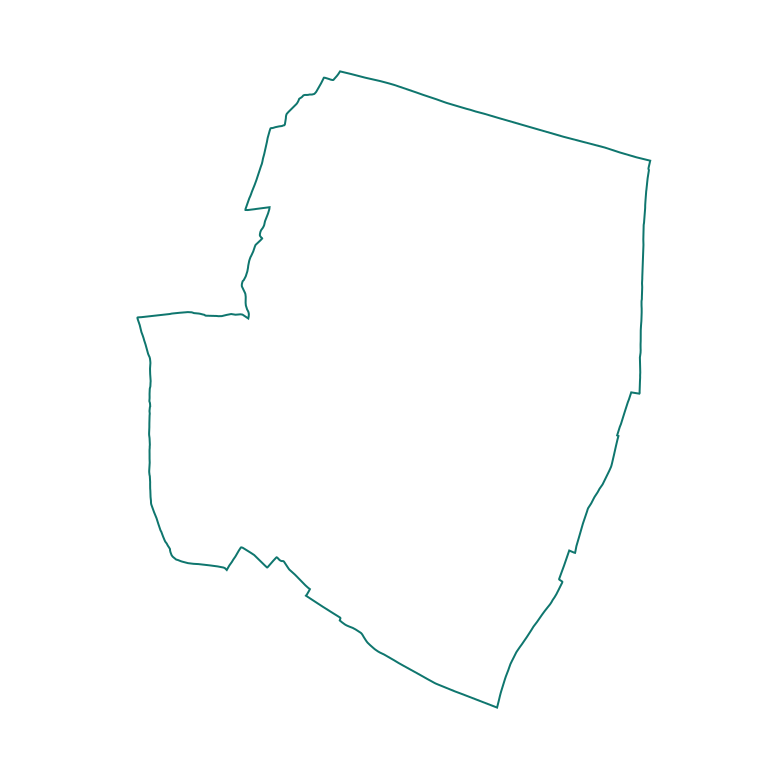 the district of Prawet, Bangkok Metropolis, Thailand, rotated 9°
{"feature_id": "78962969B62937206462024", "entity_name": "Prawet", "entity_type": "district", "adm_level": 2, "iso_a3": "THA", "parent_name": "Thailand", "parent_adm1": "Bangkok Metropolis", "projection": "robinson", "projection_center": [100.671, 13.697], "detail": "fine", "context": "isolated", "style": "outline", "palette": "teal", "viewbox_px": 768, "rotation_deg": 9, "n_neighbors": 0, "source": "geoboundaries", "source_scale": "gbopen_adm2", "svg_char_len": 6088}
<svg xmlns="http://www.w3.org/2000/svg" viewBox="0 0 768 768"><g transform="rotate(9 384 384)"><path d="M257.8,592.3L259.0,589.1L259.6,587.5L260.3,586.1L261.6,583.5L262.6,581.0L264.2,577.7L266.7,571.2L268.1,568.1L268.3,567.8L268.5,567.7L268.9,567.7L269.8,567.8L270.2,567.9L277.3,570.9L279.4,571.8L282.0,573.0L282.5,573.2L294.9,582.0L297.0,583.4L297.2,583.5L297.3,583.5L297.6,583.3L298.0,582.7L302.4,575.7L304.7,572.3L304.9,572.1L305.0,572.0L305.5,572.1L305.8,572.2L308.5,574.3L308.8,574.4L309.9,574.8L310.5,574.9L312.1,574.7L312.4,574.8L312.9,575.0L313.2,575.3L317.3,579.8L318.8,581.4L319.3,581.9L319.8,582.3L320.6,582.8L325.7,586.1L327.2,587.2L337.8,595.1L340.7,597.0L342.9,598.2L342.4,599.8L340.7,604.2L340.1,605.1L340.0,605.3L358.7,613.7L369.9,618.5L374.9,620.6L377.0,621.5L377.3,621.7L377.4,621.8L377.6,622.1L377.3,624.5L377.9,624.8L379.7,625.9L383.0,627.6L384.0,628.0L385.2,628.4L388.0,629.1L391.3,629.8L392.4,630.2L394.4,630.9L399.8,633.3L400.5,633.7L401.2,634.3L401.8,634.9L403.6,637.1L405.7,639.5L407.2,641.1L408.3,642.1L409.3,642.8L411.0,644.0L415.1,646.6L416.6,647.5L418.9,648.6L420.2,649.2L422.1,649.9L424.8,650.7L426.2,651.1L437.2,655.3L442.1,657.3L446.7,659.0L465.2,665.7L472.7,668.5L476.9,670.0L480.2,671.2L481.7,671.7L483.7,672.2L492.3,674.2L502.1,676.5L511.5,678.4L512.3,678.6L546.3,685.9L546.9,679.2L547.3,674.0L547.6,670.9L547.9,668.6L549.6,656.8L550.1,653.8L550.5,651.9L551.6,646.8L551.8,645.5L552.3,642.9L552.7,640.8L553.6,637.8L554.8,634.1L556.0,630.3L556.6,628.4L557.3,626.8L559.4,622.4L560.9,619.5L562.6,615.9L564.7,611.5L567.9,604.3L569.6,600.2L572.4,595.0L576.2,587.1L578.2,583.2L580.6,578.9L582.5,575.6L583.0,574.5L583.5,573.4L584.4,570.9L585.8,568.0L586.6,566.0L587.2,564.5L587.8,562.6L588.4,560.8L589.7,556.6L591.0,552.5L591.1,552.0L591.1,551.5L591.0,551.4L590.8,551.2L587.8,549.8L587.6,549.6L587.5,549.4L587.5,549.1L588.8,542.4L590.2,535.4L593.0,519.5L597.3,520.6L597.6,520.7L599.1,520.9L599.2,520.2L599.4,514.0L600.7,503.8L602.3,490.8L603.7,482.6L604.5,477.9L604.7,476.3L605.0,474.8L607.3,469.6L609.3,463.5L609.8,462.2L610.4,460.9L611.9,457.6L613.1,454.3L613.2,453.9L615.6,449.0L620.1,434.4L621.2,430.3L621.4,428.9L621.6,426.9L622.2,418.5L622.8,409.0L623.3,402.3L623.7,398.7L622.3,398.3L623.6,389.5L624.3,386.5L626.1,374.1L627.7,363.8L628.3,361.1L629.5,353.6L637.4,353.6L637.7,353.6L637.8,353.4L637.9,352.9L637.6,351.2L637.0,346.2L636.4,341.4L636.0,337.7L635.6,335.3L635.3,332.5L632.6,317.8L632.5,313.0L632.2,310.4L631.9,308.9L631.2,304.7L630.8,301.4L629.2,290.9L628.7,286.0L628.4,282.1L628.2,280.2L627.3,273.0L626.7,269.2L626.1,266.3L625.4,261.9L625.4,259.7L625.1,257.8L623.9,248.1L623.6,246.6L623.1,244.2L622.9,242.4L622.6,239.4L622.4,238.2L620.4,221.8L618.5,206.0L617.5,200.6L615.6,186.3L615.6,184.0L614.4,169.2L614.0,166.5L613.6,162.2L612.8,152.4L612.8,151.3L612.2,139.7L612.2,132.1L612.2,131.6L612.0,130.8L611.7,130.5L611.5,130.0L611.5,129.1L612.0,121.8L597.8,120.6L580.6,118.4L565.0,115.9L522.4,111.7L455.9,103.4L440.7,101.4L431.8,100.5L426.5,99.7L422.5,99.3L414.0,98.2L402.0,96.6L399.7,96.2L391.3,94.6L377.4,92.3L370.4,91.0L347.2,87.0L341.6,86.3L332.9,85.4L317.6,84.4L303.1,83.0L291.7,82.1L290.4,85.0L289.4,86.9L286.8,91.0L286.6,91.4L286.2,91.7L285.4,91.8L283.7,91.7L281.6,91.3L278.0,90.8L276.8,90.8L276.7,90.9L276.6,91.0L276.4,91.9L274.8,96.9L271.5,105.6L271.2,106.3L270.1,108.0L269.6,108.5L268.9,108.8L267.5,109.4L265.3,109.7L264.1,110.2L262.6,110.6L262.4,110.6L260.6,110.9L259.5,111.4L259.2,111.6L258.2,113.2L257.0,114.4L255.8,115.4L255.6,115.7L255.2,117.6L254.6,119.4L254.1,120.5L253.7,121.2L247.1,130.2L245.8,132.2L245.5,132.9L245.3,134.8L245.5,137.0L245.5,143.0L245.1,144.0L244.2,144.3L243.1,145.0L242.7,145.2L240.0,146.0L236.6,147.3L234.8,148.2L233.7,148.7L233.2,148.7L232.0,149.2L231.9,149.4L231.5,151.5L230.6,159.2L230.5,163.2L230.1,169.4L229.7,175.8L229.2,180.3L229.1,183.4L228.9,185.7L228.4,188.2L226.1,202.4L225.1,207.5L223.4,214.9L223.0,217.2L222.5,219.5L221.9,221.6L219.8,233.1L220.0,233.8L222.2,233.5L229.5,231.4L230.0,231.2L243.3,227.3L243.4,229.2L242.8,233.7L241.0,241.9L240.8,245.6L240.5,247.0L239.9,248.7L238.8,250.8L238.5,251.5L238.1,253.2L238.0,255.6L238.2,256.8L238.4,257.1L240.0,258.7L240.6,258.9L240.9,259.4L240.6,259.7L239.8,261.0L235.4,266.7L235.0,268.2L234.1,273.6L232.7,278.5L232.3,279.5L231.8,282.1L231.6,283.5L231.4,288.5L231.5,290.3L231.4,294.1L230.6,299.3L229.2,303.4L228.4,304.4L228.2,305.3L228.0,307.4L228.1,308.8L228.4,309.9L232.4,315.7L233.0,316.8L233.8,319.6L234.6,325.4L235.3,328.1L237.1,331.7L238.6,333.7L239.1,334.7L239.6,336.1L239.8,338.5L239.7,340.5L233.4,337.6L231.4,337.6L226.5,338.8L222.1,338.8L217.7,340.4L213.2,342.3L210.0,342.9L208.0,343.0L201.9,343.8L197.3,344.4L196.7,344.3L195.9,343.8L194.5,343.7L191.3,343.4L189.8,343.4L185.1,343.7L183.8,343.4L182.6,343.3L178.8,343.7L176.5,344.3L175.2,344.6L170.7,345.7L163.5,347.6L161.4,348.4L134.1,355.9L130.5,356.7L130.2,356.9L130.1,357.3L130.4,358.0L130.7,358.7L133.5,364.0L136.3,370.7L138.0,373.7L139.4,376.4L140.3,378.4L142.3,382.3L146.2,390.9L146.7,391.8L147.1,392.4L147.4,392.9L148.2,394.0L148.9,395.6L149.6,398.1L150.0,399.8L150.5,405.4L150.9,407.6L151.5,410.8L152.4,414.7L153.1,417.8L153.1,418.1L153.2,419.3L153.6,422.8L153.4,425.4L154.0,430.5L154.5,433.4L154.7,434.7L154.9,437.3L155.0,437.8L155.2,438.2L155.8,439.4L156.4,441.7L156.4,442.2L156.6,442.8L156.5,443.0L156.4,443.4L156.6,447.4L157.3,450.0L157.4,451.8L158.4,459.5L159.0,463.4L159.7,469.4L160.0,471.1L160.9,474.1L162.2,480.4L162.3,481.3L162.4,482.7L162.6,483.8L162.7,485.5L162.9,486.9L163.3,489.2L164.2,494.8L164.9,498.4L165.4,503.6L165.7,506.7L165.9,507.8L166.6,510.4L167.1,511.6L168.4,517.6L168.6,519.1L169.4,523.8L169.9,525.9L171.1,532.1L172.1,535.8L172.5,538.0L173.0,539.4L176.9,546.5L180.3,552.1L183.0,557.5L186.2,563.6L187.1,564.7L189.7,569.3L191.6,572.4L192.6,573.9L194.3,575.5L195.8,577.5L197.3,579.1L198.5,580.6L198.6,581.5L199.4,583.5L201.0,586.3L202.3,587.6L203.8,588.5L204.5,588.9L206.2,589.9L208.0,590.1L211.1,590.8L212.4,591.0L218.4,591.6L224.0,591.4L228.9,590.9L240.3,590.4L248.2,590.2L254.3,590.4L255.7,590.8L257.8,592.3Z" fill="none" stroke="#0f766e" stroke-width="2"/></g></svg>